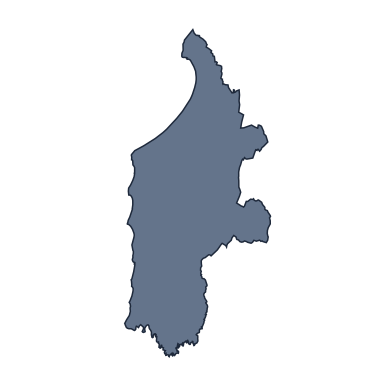 the district of Moñitos, Córdoba, Colombia, rotated 354°
{"feature_id": "7082276B84273930819596", "entity_name": "Moñitos", "entity_type": "district", "adm_level": 2, "iso_a3": "COL", "parent_name": "Colombia", "parent_adm1": "Córdoba", "projection": "equal_earth", "projection_center": [-76.121, 9.199], "detail": "fine", "context": "isolated", "style": "filled", "palette": "slate", "viewbox_px": 384, "rotation_deg": 354, "n_neighbors": 0, "source": "geoboundaries", "source_scale": "gbopen_adm2", "svg_char_len": 6074}
<svg xmlns="http://www.w3.org/2000/svg" viewBox="0 0 384 384"><g transform="rotate(354 192 192)"><path d="M239.1,192.1L239.7,185.7L239.8,182.1L240.1,181.3L240.5,177.0L241.9,172.4L243.1,170.2L244.7,166.2L245.7,164.7L246.5,165.4L247.8,163.3L249.0,164.7L250.0,165.0L256.0,164.6L259.7,156.8L260.1,157.2L261.0,157.4L261.0,156.7L262.2,156.4L263.5,158.5L265.1,157.0L266.2,155.1L267.8,154.2L272.6,150.2L271.4,143.9L269.5,141.6L269.6,139.4L268.0,134.2L267.6,133.6L266.0,132.6L264.9,132.4L264.0,135.4L261.4,134.0L258.2,131.7L250.2,133.6L247.1,133.5L248.7,127.7L251.3,120.7L246.8,117.5L248.5,110.2L248.3,106.4L249.4,100.5L249.5,95.4L246.3,96.3L246.2,96.7L245.5,97.2L244.2,97.5L244.7,95.0L244.0,94.7L243.3,97.6L242.1,97.6L239.2,91.9L239.0,89.3L236.4,88.8L234.7,87.8L234.1,88.1L234.0,87.8L233.9,87.1L234.4,85.7L233.8,83.8L234.0,83.0L232.7,82.2L232.6,81.8L234.1,77.8L234.1,76.4L233.6,75.3L234.5,72.4L234.5,70.1L233.2,69.2L230.0,68.2L229.6,67.9L230.6,65.8L229.6,65.0L228.5,65.0L228.4,59.4L227.1,58.9L227.0,56.7L225.6,55.5L225.9,54.5L225.7,54.5L226.2,53.6L223.4,50.9L221.3,49.4L221.8,47.9L222.4,47.1L221.9,46.3L221.3,44.0L218.9,41.1L216.0,38.8L215.6,38.2L215.8,37.6L215.6,37.2L215.1,37.0L214.5,37.3L213.7,36.7L212.7,36.7L212.0,36.0L210.7,34.1L209.8,30.6L200.4,40.1L199.8,42.1L198.5,44.0L198.0,50.2L196.5,52.9L196.1,55.4L196.1,56.3L196.5,56.9L197.5,57.3L199.1,57.4L199.5,57.7L200.4,57.7L200.7,58.3L201.1,58.3L200.7,59.0L201.1,59.5L202.4,59.5L203.7,60.2L204.4,61.3L207.0,67.6L208.2,72.2L208.2,78.1L207.9,80.8L207.2,83.9L205.6,88.4L202.7,94.9L201.2,97.6L199.9,99.7L191.0,110.7L184.5,117.2L173.4,126.9L169.3,129.9L161.0,135.0L148.6,141.1L139.4,144.9L136.1,148.1L135.5,148.9L135.7,151.0L135.3,153.7L136.0,154.0L136.3,154.7L136.1,158.9L137.0,160.3L137.5,161.8L137.0,166.4L136.6,167.2L136.9,167.4L136.8,167.8L136.1,170.6L134.2,174.5L131.7,178.6L129.4,181.5L128.8,184.5L128.8,188.4L130.2,188.7L130.8,189.3L131.4,190.3L132.0,192.0L132.2,194.3L131.8,198.4L130.8,202.5L131.0,202.7L127.5,210.4L125.6,213.5L125.0,215.5L124.4,216.6L124.4,217.2L125.6,217.6L127.4,219.6L128.9,222.8L129.9,226.7L130.1,228.7L129.6,230.8L126.7,238.4L127.1,243.8L127.5,244.8L127.2,247.1L126.5,249.2L126.4,250.9L125.6,252.8L125.6,253.6L126.1,255.2L126.7,255.4L127.0,256.3L127.6,256.2L127.7,256.5L127.5,257.0L127.7,256.9L127.5,258.7L125.7,265.1L123.1,272.2L122.3,272.9L122.5,274.5L122.4,278.0L122.1,279.5L122.8,280.3L123.4,281.9L123.0,284.3L121.4,289.1L119.1,293.6L118.0,295.2L118.8,296.8L118.9,298.4L118.9,299.4L118.3,300.9L118.2,304.3L116.8,308.2L113.5,312.4L111.4,315.6L111.6,315.8L111.6,316.8L112.6,319.9L113.6,320.8L115.0,321.4L117.3,321.6L120.2,323.7L121.0,323.4L121.7,322.6L122.0,321.0L122.6,319.7L123.0,319.7L124.6,321.2L125.7,319.6L127.1,318.6L129.6,321.4L129.4,323.2L127.9,325.6L128.3,326.2L129.2,326.6L130.8,326.0L130.6,323.5L130.9,322.4L132.3,320.5L133.6,319.6L134.4,319.5L135.1,320.6L135.2,322.7L135.5,323.7L136.2,324.7L136.9,326.5L137.0,327.3L136.7,329.8L137.0,332.3L137.5,332.7L138.1,332.5L138.6,330.0L139.7,329.2L140.7,329.2L141.4,330.0L141.4,330.4L140.5,330.2L140.3,330.4L140.8,332.2L141.8,332.2L141.1,336.2L141.2,337.2L142.4,337.9L142.9,337.6L143.1,337.8L142.7,338.9L143.3,339.5L143.5,340.4L142.9,342.9L143.6,343.2L143.9,344.0L144.5,343.9L145.1,341.6L145.4,341.2L145.8,341.3L145.9,343.2L147.3,344.0L146.8,345.0L146.7,345.9L147.4,346.0L147.7,346.6L148.9,347.0L147.8,348.5L147.9,349.5L148.1,350.1L148.4,350.3L148.8,349.8L149.3,349.7L148.9,351.7L149.4,351.7L149.8,351.3L151.2,351.4L151.5,351.8L151.6,352.9L152.1,353.4L152.7,351.9L153.3,351.8L154.8,350.3L155.4,350.3L155.5,350.5L154.9,352.0L155.6,353.0L156.1,352.7L156.5,351.9L156.6,350.9L157.7,352.7L159.1,351.0L160.5,350.6L161.5,351.0L161.8,350.4L161.9,349.0L161.5,348.7L160.6,348.8L160.4,348.4L160.7,347.8L160.3,347.1L160.5,346.4L159.7,346.1L159.8,345.3L160.4,344.9L161.4,345.3L161.4,343.4L161.7,342.5L161.9,343.3L162.5,343.3L162.1,344.0L162.7,344.0L162.8,344.9L163.7,343.8L163.3,342.3L163.9,342.8L165.0,342.3L165.7,342.9L166.7,341.4L166.9,341.9L166.6,343.9L167.0,344.2L167.4,343.6L168.1,340.9L169.3,340.4L170.0,339.7L170.4,339.7L170.6,340.0L170.7,341.2L171.1,341.5L171.5,341.2L171.7,339.4L172.2,339.1L172.9,341.1L172.9,342.6L174.0,343.4L174.4,343.2L175.0,341.7L176.3,341.5L176.7,340.6L177.2,340.8L177.2,342.8L177.9,343.1L177.6,344.1L177.8,344.9L178.3,344.8L179.3,343.3L181.1,342.6L182.3,340.8L182.4,337.8L182.7,336.7L182.5,335.9L182.6,335.3L181.5,334.8L181.3,334.2L182.6,333.1L184.5,332.5L184.7,332.1L185.0,329.8L185.5,329.2L186.3,329.2L186.8,328.6L187.6,329.1L187.9,328.7L187.9,327.8L187.4,327.1L188.3,326.7L190.2,323.2L190.3,322.2L191.2,320.7L190.6,319.9L191.1,319.6L191.3,318.9L191.8,318.7L192.9,316.4L192.5,315.6L193.4,315.3L193.1,314.6L193.4,313.4L194.4,312.7L194.1,311.8L194.6,311.2L194.9,309.4L195.5,307.9L195.5,306.9L195.2,305.8L194.1,303.8L194.2,303.4L195.1,303.0L195.3,302.4L193.5,298.8L193.5,297.7L193.0,296.5L193.0,294.8L194.0,293.4L194.9,293.0L195.2,292.0L195.2,291.2L195.9,289.8L195.7,288.1L196.0,287.6L197.1,286.9L197.2,286.1L196.1,280.9L194.8,279.4L194.1,279.4L193.0,278.7L192.8,276.9L192.1,275.8L192.8,275.1L192.2,274.5L192.2,273.5L192.9,272.0L192.8,271.4L192.3,270.8L192.7,268.2L193.9,266.7L193.8,264.4L194.0,261.4L194.7,260.4L196.3,259.1L198.3,258.6L202.0,256.2L203.1,256.3L204.3,257.5L211.2,252.2L215.5,247.2L216.6,246.2L220.0,248.8L220.6,250.3L221.1,248.6L221.9,247.2L226.0,244.1L227.0,241.7L229.0,239.6L231.1,241.4L231.4,243.3L231.7,243.9L233.2,244.5L234.4,246.3L235.8,247.0L237.5,247.0L239.1,246.2L241.0,247.0L242.0,247.8L245.4,249.1L246.9,248.4L248.5,246.5L250.8,247.6L254.3,247.0L255.4,248.3L256.6,248.0L257.3,248.7L260.6,250.1L262.2,247.9L263.1,244.6L262.8,243.9L262.5,241.1L263.0,238.1L264.1,235.4L266.5,231.9L266.8,228.7L266.4,225.8L267.5,224.6L267.4,223.7L265.5,220.1L265.0,218.4L263.4,217.6L262.7,216.9L262.8,214.8L260.8,211.8L260.2,209.5L257.3,206.9L256.7,206.9L255.6,207.5L254.5,207.6L253.1,206.8L252.5,205.2L251.8,205.7L249.5,205.3L246.5,207.2L245.0,207.0L242.6,211.7L241.7,212.4L240.7,211.6L239.8,211.3L235.2,207.6L238.8,201.0L240.4,197.3L239.8,194.3L239.1,192.1Z" fill="#64748b" stroke="#1e293b" stroke-width="1.5"/></g></svg>